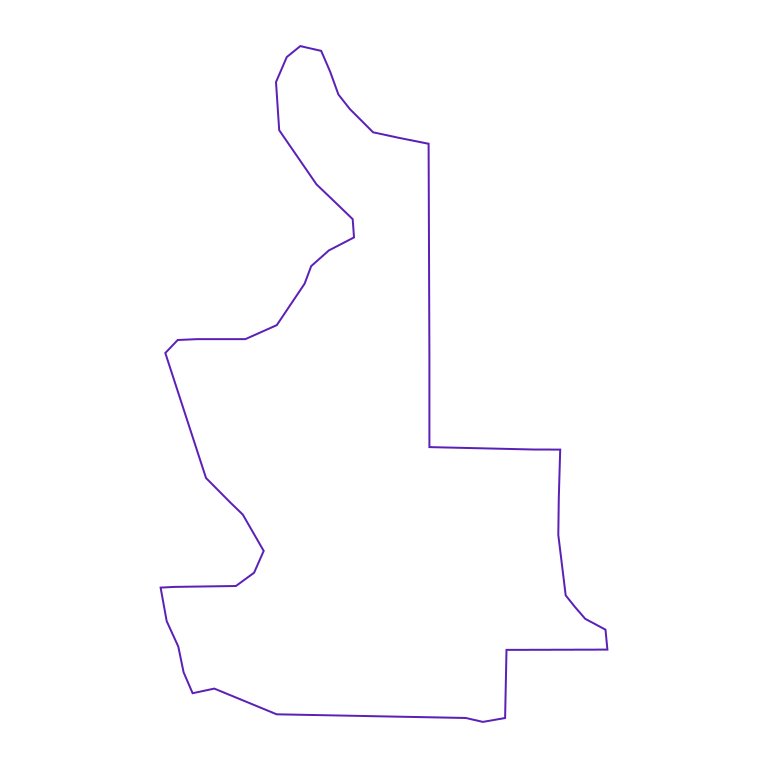 Santa Tereza, Rio Grande do Sul, Brazil (Albers equal-area conic projection)
{"feature_id": "56859067B96458106097451", "entity_name": "Santa Tereza", "entity_type": "district", "adm_level": 2, "iso_a3": "BRA", "parent_name": "Brazil", "parent_adm1": "Rio Grande do Sul", "projection": "albers", "projection_center": [-51.714, -29.146], "detail": "fine", "context": "isolated", "style": "outline", "palette": "violet", "viewbox_px": 768, "rotation_deg": 0, "n_neighbors": 0, "source": "geoboundaries", "source_scale": "gbopen_adm2", "svg_char_len": 757}
<svg xmlns="http://www.w3.org/2000/svg" viewBox="0 0 768 768"><path d="M565.7,595.4L558.3,534.9L558.8,497.7L560.2,449.6L533.0,449.5L429.4,447.1L429.4,356.3L428.6,143.8L398.7,137.8L373.1,132.3L349.8,109.0L338.4,94.5L330.2,71.8L321.2,50.9L300.3,46.1L286.8,57.0L276.0,82.1L279.2,130.2L316.5,184.4L334.5,201.6L352.7,219.2L354.0,237.4L328.9,250.4L311.2,266.1L304.6,283.7L276.8,325.1L245.4,339.1L198.1,339.1L177.7,340.0L165.3,353.0L206.0,478.0L230.6,502.8L242.8,514.6L263.7,550.9L254.1,572.7L235.9,586.0L174.4,586.9L160.6,587.6L166.7,621.2L178.3,646.6L183.6,672.3L192.6,693.2L214.3,688.6L276.6,714.3L465.8,718.0L482.9,721.9L505.1,718.0L506.5,649.9L607.4,649.6L605.5,629.7L585.2,618.8L574.9,606.9L565.7,595.4Z" fill="none" stroke="#5b21b6" stroke-width="2"/></svg>